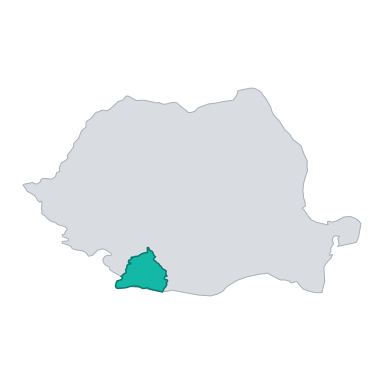 Dolj highlighted on a map of Romania
{"feature_id": "ROU-122", "entity_name": "Dolj", "entity_type": "County", "adm_level": 1, "iso_a3": "ROU", "parent_name": "Romania", "parent_adm1": "", "projection": "natural_earth1", "projection_center": [23.693, 44.245], "detail": "fine", "context": "in_parent", "style": "filled", "palette": "teal", "viewbox_px": 384, "rotation_deg": 0, "n_neighbors": 0, "source": "natural_earth", "source_scale": "10m", "svg_char_len": 5636}
<svg xmlns="http://www.w3.org/2000/svg" viewBox="0 0 384 384"><path d="M307.4,215.0L311.2,219.7L316.1,222.2L327.2,224.8L328.2,224.5L328.3,224.0L327.5,223.3L327.3,222.4L327.9,221.4L329.4,221.3L331.9,222.3L336.6,220.9L343.6,217.1L350.0,216.4L355.9,218.6L359.0,221.2L361.0,223.6L360.4,226.6L360.1,228.5L358.7,236.3L357.7,239.3L356.1,242.5L337.9,246.4L339.1,244.5L338.6,241.3L337.8,238.8L339.4,236.5L335.3,235.7L333.5,237.0L332.2,239.1L333.5,244.0L331.6,246.8L330.8,248.3L330.8,251.9L329.7,253.5L329.5,255.2L332.4,254.7L331.1,257.8L325.8,263.8L323.9,267.4L324.7,281.6L322.4,290.1L322.2,292.6L316.4,292.7L314.7,292.5L309.1,291.2L302.9,288.9L299.2,284.6L296.8,281.4L291.6,282.9L290.6,282.5L289.1,281.0L285.1,280.0L280.2,279.9L269.2,274.2L268.0,273.2L259.4,274.2L246.5,277.0L236.7,280.5L226.6,286.8L222.5,291.5L217.8,294.0L211.0,295.9L198.8,295.1L186.1,292.8L172.5,290.2L165.2,291.6L155.2,290.6L140.2,287.5L129.0,286.6L118.0,288.4L116.2,287.0L115.8,285.5L116.2,283.2L117.8,281.4L120.5,280.1L121.9,278.7L122.0,277.3L119.0,275.1L112.9,272.0L110.4,270.0L109.8,269.6L109.6,267.8L108.4,266.5L106.0,265.5L104.2,263.7L102.9,261.1L103.2,258.6L105.0,256.3L107.4,255.3L110.3,255.6L111.5,254.9L111.0,253.3L108.2,251.3L103.0,248.8L97.8,250.1L92.4,255.4L88.5,256.2L86.1,252.7L81.9,250.6L75.9,249.9L72.2,248.6L70.8,246.5L68.1,244.9L62.3,243.3L62.2,241.7L63.2,241.3L65.3,241.2L68.1,240.8L68.5,239.9L68.5,239.1L66.4,238.0L64.1,237.3L63.0,236.6L62.3,235.8L62.1,235.0L62.8,234.4L63.7,234.4L64.6,233.9L65.1,232.0L66.3,230.4L67.1,229.9L67.1,228.7L66.2,227.6L65.0,226.7L63.2,226.1L57.7,224.5L54.9,222.2L53.2,222.1L50.5,220.8L47.6,218.8L45.1,216.0L42.4,214.2L41.7,213.4L41.6,212.7L42.1,212.0L42.1,211.1L41.4,208.3L41.9,205.4L41.8,202.7L41.8,201.4L41.3,201.1L40.8,201.5L40.1,202.0L39.5,202.1L37.5,200.1L35.0,196.0L33.3,194.7L29.9,192.8L27.1,191.2L25.1,187.8L23.0,185.2L24.5,184.1L32.6,182.6L36.3,184.1L38.0,183.5L39.7,182.3L40.6,181.3L40.7,180.3L41.6,179.0L44.3,178.4L51.5,179.2L54.5,177.3L55.5,176.3L56.2,174.2L57.0,172.4L59.6,171.5L59.6,169.9L59.2,168.1L60.7,164.2L61.7,162.6L63.1,162.1L64.9,160.8L68.0,158.3L67.3,156.1L67.9,154.4L71.1,150.4L73.6,146.6L73.6,144.7L73.9,143.0L76.1,141.1L78.4,138.7L81.4,131.2L82.5,130.0L84.4,128.5L85.9,127.1L86.1,122.2L87.4,120.8L90.1,119.2L92.7,116.6L94.8,113.6L96.4,112.2L98.6,111.8L100.9,110.6L103.5,110.2L106.0,110.8L107.6,110.5L110.1,109.0L116.3,103.4L117.1,102.3L118.4,101.6L123.4,99.7L124.7,97.8L126.4,96.0L128.6,96.2L135.9,100.4L143.7,100.2L145.1,100.3L145.5,100.4L146.5,100.7L156.8,102.9L158.4,102.6L158.8,102.4L163.0,104.2L166.7,104.0L170.2,102.8L173.8,102.3L177.1,103.1L179.7,105.5L186.3,110.7L188.3,112.6L191.3,112.4L194.6,111.4L198.0,107.9L208.4,104.0L216.3,103.0L224.0,101.4L233.0,100.3L235.5,97.1L236.9,94.9L237.9,90.8L242.7,89.6L247.2,88.8L248.9,88.3L252.2,88.1L254.8,88.5L258.8,90.5L261.7,93.0L262.8,95.0L265.3,97.8L267.8,101.8L270.7,107.1L271.4,109.8L272.4,112.6L274.6,116.2L278.6,120.1L279.2,120.8L281.0,123.5L284.6,129.6L287.5,132.1L290.1,134.7L291.4,137.4L293.3,139.8L297.6,143.0L301.1,145.9L304.0,154.3L306.0,158.2L307.3,161.2L306.9,167.1L307.7,169.7L306.2,174.4L303.5,183.8L302.9,191.3L303.5,195.4L303.6,198.0L304.3,199.7L305.2,203.1L305.3,206.1L304.3,206.9L302.9,207.6L302.3,208.3L303.7,209.6L305.6,212.1L307.4,215.0Z" fill="#d9dde1" stroke="#a8b0b8" stroke-width="1"/><path d="M118.1,288.4L116.9,288.2L116.0,287.4L115.6,286.6L115.6,285.6L116.5,282.1L116.9,281.1L117.6,280.7L118.3,280.6L119.8,280.2L120.5,280.1L121.8,279.4L122.4,278.0L122.1,276.6L121.3,276.3L124.3,273.5L125.4,273.2L125.7,273.2L126.0,273.1L126.2,272.5L126.1,272.0L126.0,271.4L125.8,270.7L125.7,270.1L125.8,269.6L126.6,268.1L126.7,267.8L126.9,266.6L127.0,265.8L127.3,265.2L127.6,264.8L129.5,263.8L129.9,263.8L130.7,263.9L130.9,263.8L130.9,263.5L130.8,263.3L130.6,263.1L130.4,263.0L130.0,262.9L129.2,262.8L128.8,262.7L128.5,262.5L128.4,262.3L128.4,261.9L128.7,261.0L128.7,260.6L128.9,260.3L129.2,260.1L129.9,259.9L130.4,259.6L130.9,259.1L131.1,258.8L131.4,258.5L132.2,257.9L132.2,257.7L131.6,257.5L131.4,257.4L131.5,257.3L132.0,257.1L134.2,256.9L134.7,256.7L135.2,256.4L136.1,256.3L138.1,256.3L138.6,255.8L141.9,253.7L145.3,252.7L147.0,252.7L147.3,252.5L147.5,252.2L147.5,251.9L147.5,251.6L147.4,251.3L147.3,251.0L147.3,250.7L147.5,250.0L147.5,249.5L147.5,249.1L147.4,248.7L147.3,248.4L147.3,248.1L147.4,247.7L147.6,247.5L147.8,247.5L148.1,247.5L148.5,247.7L148.9,248.0L149.1,249.1L149.2,249.4L149.3,249.9L149.6,250.2L150.3,250.5L150.8,250.7L152.0,251.4L152.3,251.7L152.7,252.1L153.4,254.3L153.8,255.0L154.4,255.8L155.4,256.8L154.1,258.2L153.6,259.0L153.5,259.4L153.6,259.7L153.7,260.0L154.0,260.3L155.5,261.1L155.8,261.5L156.8,262.7L157.1,263.0L157.5,263.1L157.9,263.2L158.3,263.4L158.8,263.9L159.3,264.8L159.7,265.4L160.2,265.8L161.0,266.4L161.3,266.8L161.6,267.3L161.9,268.0L162.3,268.5L162.7,268.9L164.0,269.6L164.9,270.0L165.3,270.2L166.0,270.9L166.2,271.3L166.2,271.7L166.0,272.0L165.9,272.3L165.8,272.9L165.9,273.6L166.1,274.7L166.9,275.9L166.9,276.2L166.7,276.3L166.3,276.3L165.8,276.2L165.5,276.1L165.1,276.1L164.9,276.3L164.7,276.5L164.7,277.3L164.6,277.9L164.4,278.3L164.3,278.8L164.4,279.1L164.6,279.3L164.9,279.5L165.2,279.6L166.3,279.6L166.8,279.7L167.3,280.1L167.5,280.5L167.5,281.0L167.5,281.4L167.4,281.7L166.7,282.0L166.3,282.3L166.1,282.7L166.2,283.0L166.7,283.8L166.8,284.2L166.8,284.5L166.3,285.8L166.1,286.1L165.6,286.4L165.5,286.6L165.4,287.1L165.2,287.4L164.6,287.9L164.3,288.2L162.4,292.0L149.8,289.1L147.7,288.0L146.9,287.9L143.9,288.5L143.3,288.4L142.3,288.3L138.4,286.3L132.7,286.0L129.4,286.5L128.1,287.1L126.8,287.4L125.7,287.8L122.8,288.0L118.1,288.4Z" fill="#14b8a6" stroke="#0f766e" stroke-width="1.5"/></svg>